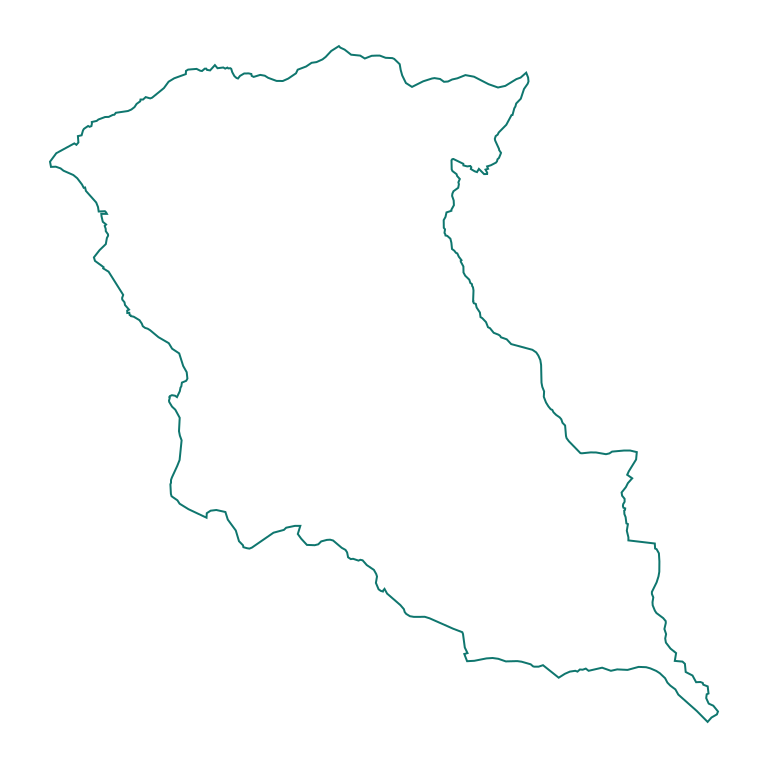 outline of Ilva Mare, Bistrita-Nasaud, Romania
{"feature_id": "2599482B81473048811011", "entity_name": "Ilva Mare", "entity_type": "district", "adm_level": 2, "iso_a3": "ROU", "parent_name": "Romania", "parent_adm1": "Bistrita-Nasaud", "projection": "mercator", "projection_center": [24.906, 47.351], "detail": "fine", "context": "isolated", "style": "outline", "palette": "teal", "viewbox_px": 768, "rotation_deg": 0, "n_neighbors": 0, "source": "geoboundaries", "source_scale": "gbopen_adm2", "svg_char_len": 6006}
<svg xmlns="http://www.w3.org/2000/svg" viewBox="0 0 768 768"><path d="M610.9,670.8L617.2,669.4L627.6,669.9L638.6,666.9L646.1,667.2L650.4,668.4L656.2,670.9L659.8,673.2L665.1,678.2L667.4,682.6L670.3,685.6L675.4,689.4L678.3,694.6L696.8,711.0L707.6,721.9L711.5,717.5L716.9,714.4L718.0,711.5L713.3,705.7L708.7,703.6L706.2,698.1L706.7,694.3L708.5,693.5L707.7,686.4L703.3,684.7L702.7,682.9L700.4,682.0L696.1,682.2L692.5,675.5L685.7,672.0L684.9,663.8L682.5,661.6L674.8,660.9L676.1,653.1L670.5,648.6L665.9,642.6L665.2,638.5L666.1,634.1L664.4,629.0L665.8,623.0L665.7,621.1L663.2,618.1L656.4,613.0L654.9,610.7L652.7,605.3L652.5,602.2L653.3,597.4L651.9,594.0L651.9,591.9L656.6,582.4L658.5,576.4L659.3,571.8L659.4,561.4L658.9,553.3L656.6,549.2L655.1,548.5L654.8,543.5L628.4,540.4L628.4,537.3L626.8,530.7L627.9,524.1L626.4,523.4L625.6,517.1L624.4,514.1L624.2,510.5L625.0,509.9L625.2,508.4L623.4,507.7L622.9,506.0L623.2,504.1L624.6,501.8L624.6,498.8L622.1,495.7L621.6,492.5L625.9,487.1L627.9,483.1L632.2,478.3L627.2,474.8L628.8,471.3L636.1,459.5L636.8,452.1L630.0,450.5L624.4,450.5L612.1,451.6L609.4,453.4L606.0,454.2L596.2,452.5L590.7,452.4L581.9,453.3L580.4,453.1L568.9,441.3L566.6,438.2L566.0,436.0L565.1,425.5L562.5,422.8L561.3,419.3L559.7,417.4L556.1,414.9L553.5,412.3L552.3,409.9L550.7,409.2L548.4,406.4L546.0,402.5L543.8,396.8L544.1,391.4L542.3,386.9L541.5,382.7L541.1,364.9L540.3,360.0L538.3,355.5L536.2,352.4L532.4,349.8L511.2,344.1L506.7,339.3L501.0,337.3L500.0,335.7L498.5,334.7L493.7,332.8L490.0,328.2L488.0,327.2L486.0,322.1L482.2,318.1L480.5,317.1L479.9,312.5L476.6,307.5L475.8,303.9L473.8,303.2L473.4,302.2L473.4,301.1L473.1,301.1L473.5,290.5L473.0,287.3L472.2,286.1L471.9,284.1L470.3,282.9L469.3,279.7L465.2,275.7L463.5,272.5L463.4,266.5L460.8,261.7L460.7,260.9L461.5,260.2L458.8,256.7L457.3,253.4L455.9,252.8L454.3,250.7L452.0,249.0L451.4,242.8L450.4,238.7L447.3,235.9L445.5,235.5L445.3,234.3L444.5,232.9L445.0,229.3L443.8,227.8L443.7,220.1L445.5,216.9L446.5,212.4L451.4,210.8L451.4,209.7L453.9,205.2L453.7,200.5L452.1,195.9L452.4,193.6L453.5,191.2L458.2,187.8L458.9,184.2L458.4,182.3L459.8,179.0L457.2,176.1L456.5,174.1L452.5,171.1L451.7,169.4L451.5,160.3L452.3,159.2L453.4,159.0L463.3,163.8L463.4,165.4L467.2,166.4L470.3,166.0L471.3,167.2L470.8,169.0L474.7,171.3L477.0,172.1L478.9,168.9L484.1,174.1L487.1,174.0L487.2,172.8L485.5,169.6L488.1,168.8L487.1,166.4L490.8,165.3L496.0,162.6L497.0,161.3L497.5,159.3L499.0,157.9L500.8,153.5L501.0,152.8L499.2,150.2L499.0,148.9L495.2,140.6L494.8,138.9L495.7,136.1L497.7,134.6L498.7,132.5L506.3,124.8L511.5,115.1L512.5,115.0L514.3,108.3L515.4,106.5L516.2,103.5L520.8,98.7L524.0,89.0L527.7,83.7L528.5,81.4L528.1,77.5L526.2,72.7L520.6,77.6L516.4,79.1L505.3,85.9L498.0,87.5L488.6,84.2L474.0,76.7L465.4,75.1L457.4,78.3L452.1,79.5L448.0,81.5L444.0,81.8L440.1,79.0L434.5,78.1L432.0,78.5L423.2,81.3L412.0,86.9L405.9,83.0L402.2,75.4L400.7,70.0L399.7,64.2L394.2,58.9L392.3,58.1L385.6,57.8L379.8,55.6L376.3,55.6L371.7,55.8L364.8,58.5L360.2,55.6L351.1,54.7L344.6,49.6L340.3,47.6L338.9,46.1L331.2,51.0L325.7,56.9L322.5,59.4L316.5,62.1L311.6,62.8L306.1,66.5L297.7,69.7L296.0,73.3L288.2,78.6L282.8,81.0L276.5,80.9L268.1,77.8L264.8,75.7L260.2,74.9L253.7,76.9L251.7,75.9L251.3,74.0L248.7,73.4L244.1,73.5L240.0,75.9L238.0,78.5L236.5,78.0L234.4,76.1L232.3,72.3L231.2,68.8L230.3,68.2L228.3,68.4L227.4,67.6L225.2,68.6L223.3,67.5L217.5,68.2L214.9,65.1L210.1,70.4L207.0,69.9L206.3,68.7L204.7,68.7L202.0,71.0L200.2,70.7L196.6,68.9L188.1,69.6L186.0,70.9L185.8,74.1L174.2,78.3L168.6,81.7L163.9,88.1L152.1,97.7L150.2,98.4L145.7,97.1L143.1,99.5L140.5,99.5L140.2,101.3L136.6,103.9L134.5,107.1L131.4,109.5L128.0,111.0L115.8,112.8L114.4,114.7L112.8,114.9L108.7,116.9L105.1,117.0L98.4,119.5L96.7,120.9L91.8,122.0L91.9,123.7L91.4,126.1L89.6,126.8L88.1,126.0L85.3,127.9L83.9,128.9L83.0,130.4L81.6,135.3L77.9,136.1L78.4,142.5L76.4,144.8L74.3,143.4L56.3,153.2L50.0,161.7L51.0,166.9L55.8,166.7L60.6,168.4L63.5,170.7L73.3,175.0L77.2,178.2L82.0,184.5L83.7,187.8L85.1,187.5L85.9,190.9L96.2,202.5L98.0,207.0L98.7,211.5L104.9,211.2L106.1,212.4L106.9,213.9L101.3,213.9L101.5,216.2L102.8,221.8L106.1,224.5L104.7,225.9L105.7,228.8L105.8,231.2L108.0,234.3L108.1,235.7L106.9,238.0L105.8,244.1L99.6,250.1L93.9,257.4L95.0,260.9L103.6,267.2L103.2,268.4L108.6,271.7L123.2,294.9L122.1,298.0L122.3,299.6L124.5,302.3L125.0,305.0L129.0,309.6L127.2,310.6L127.3,313.0L129.3,312.8L129.7,315.1L130.7,315.4L130.9,316.1L133.7,316.7L139.5,320.2L141.8,323.6L142.8,326.2L145.1,327.9L147.7,328.7L150.1,330.2L158.5,337.2L168.8,343.2L172.1,348.7L179.2,353.4L183.2,366.0L186.7,372.2L187.4,378.6L186.2,380.8L181.9,382.6L181.3,386.4L180.5,387.6L179.8,391.2L177.0,397.1L175.0,395.7L171.9,395.2L169.9,396.1L169.3,397.1L169.8,397.7L169.0,400.6L169.2,401.9L172.0,406.6L175.3,409.7L179.7,417.8L179.0,431.2L179.9,435.7L181.6,440.3L179.6,460.0L177.2,466.0L171.9,477.5L171.0,480.0L171.0,482.8L170.4,484.3L170.9,493.9L171.6,496.3L177.4,500.3L179.6,503.7L188.5,509.2L206.5,517.7L206.8,513.2L210.6,510.7L216.3,510.0L225.4,512.0L227.8,519.6L235.8,530.5L239.0,541.2L243.0,545.3L243.4,547.2L247.0,548.2L249.4,548.6L251.9,547.6L273.5,532.7L283.9,529.9L286.2,527.7L294.8,525.9L300.3,525.9L297.8,534.0L301.2,538.7L306.9,544.9L314.7,545.2L318.3,544.3L321.2,541.4L326.9,539.9L330.1,539.7L333.1,540.5L341.7,547.8L345.5,549.9L347.1,552.4L348.1,557.3L350.8,559.1L353.1,558.8L358.5,560.6L360.3,559.8L362.6,560.3L366.8,565.1L373.9,569.9L376.2,574.0L377.0,576.5L375.9,582.9L378.6,589.3L380.8,590.9L382.9,591.5L383.2,590.5L384.5,588.9L387.1,593.6L400.4,605.1L403.9,609.2L404.7,612.0L406.2,613.9L409.9,616.2L414.0,616.9L424.8,616.8L429.6,618.3L453.1,628.7L462.3,632.2L463.0,634.0L464.8,647.5L467.5,653.1L464.3,654.0L467.1,661.2L474.3,660.8L486.5,658.4L492.6,658.0L498.3,658.8L505.8,661.4L517.3,661.1L521.6,661.7L530.7,664.3L533.0,666.3L534.3,666.7L538.5,666.7L543.0,665.2L558.7,677.7L564.9,673.8L569.9,671.6L575.3,670.8L577.5,671.6L579.9,669.5L582.7,669.7L585.8,668.6L588.6,670.8L602.1,667.7L610.9,670.8Z" fill="none" stroke="#0f766e" stroke-width="2"/></svg>